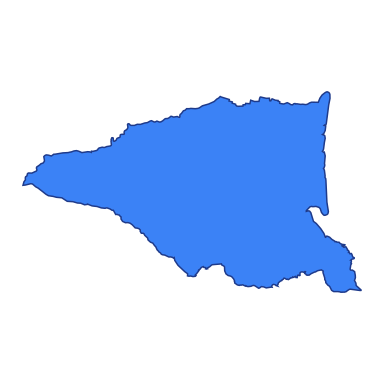 Sidoarjo, Jawa Timur, Indonesia (Mercator projection)
{"feature_id": "22746128B7257810863239", "entity_name": "Sidoarjo", "entity_type": "district", "adm_level": 2, "iso_a3": "IDN", "parent_name": "Indonesia", "parent_adm1": "Jawa Timur", "projection": "mercator", "projection_center": [112.712, -7.455], "detail": "fine", "context": "isolated", "style": "filled", "palette": "blue", "viewbox_px": 384, "rotation_deg": 0, "n_neighbors": 0, "source": "geoboundaries", "source_scale": "gbopen_adm2", "svg_char_len": 6046}
<svg xmlns="http://www.w3.org/2000/svg" viewBox="0 0 384 384"><path d="M53.8,154.2L51.5,155.9L51.0,155.9L48.7,155.2L46.6,154.9L45.6,155.1L44.4,155.9L43.8,156.7L44.4,160.0L44.4,161.3L43.0,163.1L41.0,163.7L39.6,165.0L36.7,167.0L36.4,168.0L36.9,170.0L36.4,171.0L31.9,173.1L28.4,173.0L27.5,173.6L26.9,175.9L25.6,176.8L25.3,177.8L25.4,179.8L23.9,181.9L23.0,185.3L25.5,185.0L30.8,183.7L32.5,184.0L35.7,186.8L38.1,188.1L46.0,194.3L48.4,195.7L53.1,196.4L56.5,197.3L61.8,197.8L67.2,201.3L73.0,201.7L77.4,203.0L80.7,203.2L84.6,204.8L87.4,204.4L87.5,204.1L92.1,205.9L97.1,206.5L101.3,207.9L105.1,208.3L106.3,207.9L107.3,208.0L109.9,208.9L112.1,210.3L113.4,210.3L115.7,214.5L117.2,214.4L118.2,214.9L119.4,215.1L120.3,216.5L121.1,217.0L121.0,219.0L122.6,221.4L125.4,222.7L128.0,222.6L130.1,223.2L132.3,224.8L135.2,227.9L137.5,228.2L139.1,228.8L140.3,230.0L140.2,231.3L141.3,233.2L143.2,233.3L143.9,233.7L144.8,235.4L147.6,238.0L148.0,239.8L148.3,240.2L150.5,242.2L152.8,243.1L154.6,245.7L155.7,246.7L157.1,249.8L158.4,251.1L158.8,251.8L160.5,253.0L161.2,254.1L162.3,254.7L164.8,255.1L168.9,257.0L170.5,256.9L172.6,257.4L173.4,258.1L174.2,257.6L174.8,260.5L178.0,265.3L184.8,271.7L187.6,273.7L187.5,275.9L189.0,276.2L190.6,276.0L193.0,276.6L195.3,276.3L196.0,275.6L195.3,275.0L196.5,273.8L198.9,270.6L198.5,270.3L198.6,270.0L200.0,269.2L201.2,267.6L202.6,266.8L203.4,266.6L203.8,267.4L205.7,267.6L205.6,268.7L206.1,268.5L206.4,269.0L206.9,268.7L207.7,268.8L207.9,267.6L209.5,266.9L211.4,265.2L212.3,264.7L221.4,263.9L221.7,264.9L223.9,266.1L224.5,266.8L224.7,270.9L226.0,273.9L228.1,275.5L230.6,276.1L231.8,276.8L233.7,279.0L234.6,281.1L234.4,281.5L234.7,282.0L234.7,283.0L237.3,284.9L239.3,285.4L239.9,285.1L241.4,285.1L242.7,284.8L245.6,286.2L245.9,286.2L246.0,285.8L247.0,286.4L248.1,286.6L251.0,286.3L252.5,285.6L253.8,285.4L254.9,285.8L258.6,288.2L259.5,288.0L261.4,286.6L263.7,286.9L266.2,287.9L271.4,287.1L272.1,287.2L271.7,286.3L272.0,285.5L272.7,284.7L273.5,284.4L275.4,284.8L275.9,285.2L275.9,285.5L277.7,286.1L277.2,285.4L278.1,284.2L278.2,283.3L278.5,282.7L280.3,281.2L281.9,280.5L282.0,279.9L283.2,279.3L283.9,278.2L284.7,278.2L286.4,279.3L287.3,279.1L288.2,279.6L288.6,279.5L290.9,277.8L291.9,277.9L292.8,276.9L293.2,277.3L293.8,277.4L294.8,276.6L295.6,276.4L295.9,277.5L297.2,277.6L297.7,275.3L298.4,275.1L299.4,275.6L300.0,275.4L300.0,273.0L300.5,272.3L301.2,272.0L302.3,271.9L303.9,272.3L304.8,271.6L305.3,271.6L305.5,271.7L304.7,273.4L306.0,274.3L306.3,274.9L307.1,275.2L309.2,275.1L311.1,273.7L314.7,272.0L315.4,272.0L317.6,270.7L321.5,269.9L322.3,270.6L323.2,271.1L323.0,272.6L324.7,277.9L324.8,279.6L325.7,281.2L325.8,282.7L328.0,285.3L329.2,286.0L329.8,286.7L331.6,290.3L333.0,291.2L333.8,291.6L337.9,291.6L339.6,291.8L340.8,292.2L344.7,292.1L346.3,291.6L347.3,290.7L349.3,289.4L350.3,289.2L360.1,290.5L361.0,290.4L361.0,289.9L356.2,285.6L355.9,283.1L354.5,280.5L355.4,277.7L355.3,275.4L354.6,271.6L352.4,270.1L350.9,270.2L350.4,269.8L350.1,269.1L350.8,264.8L351.5,263.7L350.8,262.9L351.3,262.1L351.4,260.9L351.3,260.4L350.7,260.2L352.1,259.1L353.7,258.8L354.2,258.4L354.2,257.7L352.7,256.9L351.9,254.3L351.3,253.5L350.3,253.8L349.8,253.7L349.4,252.4L348.5,252.4L348.9,251.2L348.4,250.5L347.4,250.1L347.4,249.3L346.0,246.9L345.3,246.8L344.0,247.3L342.0,245.9L342.0,245.6L343.8,245.7L344.8,245.2L345.0,244.9L344.7,244.7L341.9,244.3L339.8,243.2L339.2,242.3L336.9,242.1L336.1,241.6L335.0,241.7L334.7,241.1L331.9,239.4L329.6,237.2L327.6,236.3L326.7,236.1L326.2,236.4L325.7,237.3L325.4,237.3L323.9,233.4L320.7,228.6L316.3,223.5L313.5,221.4L310.8,212.6L309.6,211.1L308.9,210.9L307.7,210.9L306.3,211.4L306.3,210.6L310.0,206.8L311.7,206.4L312.8,206.7L316.0,206.4L319.0,207.4L320.2,208.6L321.5,212.5L323.1,214.5L324.1,215.3L325.4,215.2L327.1,214.5L327.9,213.7L328.4,211.7L326.9,202.1L325.9,180.2L325.7,178.5L325.0,177.5L325.1,175.7L324.4,170.2L323.5,168.4L323.9,168.1L324.6,166.3L324.8,165.1L324.5,163.6L325.2,155.9L324.3,152.1L323.7,152.3L322.4,151.4L323.3,150.0L323.6,148.7L324.4,142.4L325.2,138.3L324.8,135.8L324.5,135.4L322.5,134.5L323.8,133.6L325.2,130.5L325.7,126.3L325.5,125.6L324.2,125.4L324.7,124.9L325.9,124.8L326.3,123.5L328.7,105.0L330.0,98.4L329.9,94.5L329.5,93.3L328.8,92.5L328.2,92.2L327.1,91.8L326.1,92.1L324.9,92.8L322.1,95.0L319.9,98.2L318.3,102.3L311.6,102.2L309.8,102.8L307.3,104.3L305.6,104.6L302.7,104.2L300.7,104.4L296.8,103.8L295.7,104.0L295.0,103.5L293.5,103.9L292.7,104.8L291.0,104.7L288.9,103.4L287.2,102.7L283.8,104.0L282.1,103.8L279.7,103.3L279.7,101.7L278.1,101.2L278.1,100.5L275.3,100.2L272.3,98.9L271.7,99.1L270.8,100.8L270.0,100.9L269.7,100.7L269.4,98.2L266.2,98.3L260.6,97.0L260.1,97.2L259.6,98.4L259.0,101.4L254.5,101.5L250.7,100.2L249.9,103.7L245.7,103.4L245.4,104.6L243.1,104.8L242.9,106.1L238.1,106.3L236.6,106.0L235.8,105.1L235.6,104.2L232.2,103.2L232.3,101.9L229.0,101.0L229.3,99.5L221.2,97.0L220.2,96.5L218.6,98.1L216.9,99.0L214.2,101.5L208.7,104.0L202.4,105.8L199.3,107.9L197.8,108.4L195.3,108.7L190.8,108.4L189.1,108.7L186.6,108.7L185.3,110.1L183.4,110.8L181.3,113.6L180.2,114.4L179.8,115.4L180.0,116.0L179.6,117.3L178.7,117.2L177.2,116.5L173.6,117.1L171.8,116.4L170.9,116.3L168.9,117.9L167.6,118.5L165.5,118.6L164.9,118.9L162.7,120.8L161.0,121.8L159.6,122.1L156.9,121.1L155.3,121.9L154.2,122.0L151.5,120.7L150.3,121.0L147.4,122.6L144.7,123.0L140.4,124.4L137.2,124.3L134.5,125.4L130.9,125.4L129.8,124.7L129.4,124.0L128.2,123.7L127.9,123.9L127.5,124.6L127.9,127.2L127.7,128.1L126.8,129.5L124.7,130.8L124.3,131.4L124.1,132.6L124.3,133.8L123.9,134.3L121.8,134.3L120.6,134.6L120.2,135.1L120.1,136.8L119.8,137.3L117.8,138.0L116.9,138.5L116.2,140.1L114.6,141.2L114.0,141.3L113.5,140.9L113.2,138.0L112.5,137.7L111.8,137.8L111.1,139.5L111.3,140.5L111.0,141.0L111.4,144.8L111.1,145.5L110.2,146.0L106.6,146.6L105.1,147.3L104.1,147.5L102.2,147.2L99.1,148.0L98.3,148.6L97.6,149.8L96.5,150.5L92.8,151.4L91.5,151.2L91.3,152.4L89.9,151.9L87.8,151.7L81.9,152.6L78.7,151.2L76.4,150.6L73.8,151.0L70.8,152.1L70.5,152.0L68.1,152.6L62.8,152.9L55.1,154.2L53.8,154.2Z" fill="#3b82f6" stroke="#1e3a8a" stroke-width="1.5"/></svg>